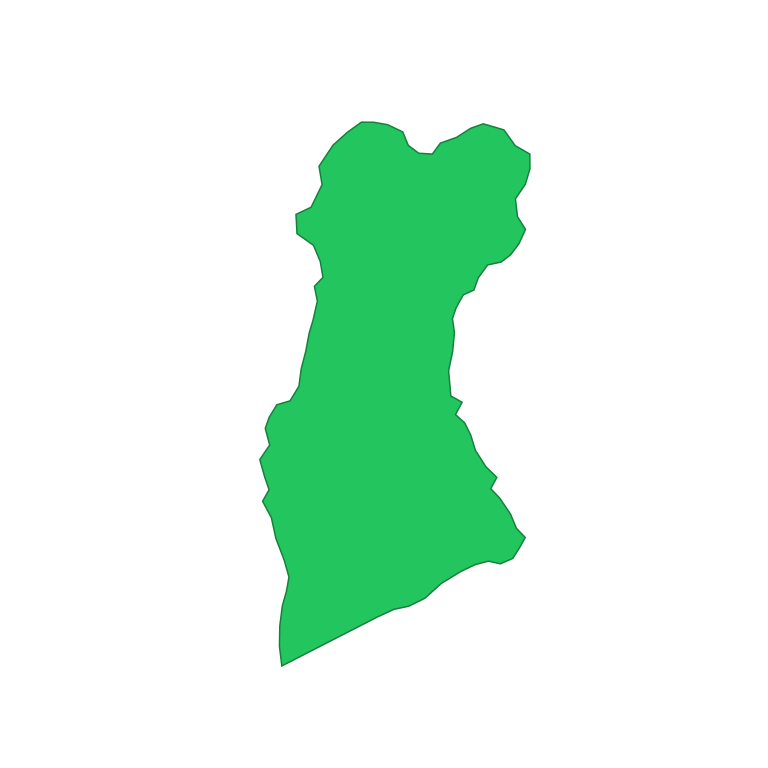 Pracinha, São Paulo, Brazil, rotated 140°
{"feature_id": "56859067B67467393678264", "entity_name": "Pracinha", "entity_type": "district", "adm_level": 2, "iso_a3": "BRA", "parent_name": "Brazil", "parent_adm1": "São Paulo", "projection": "orthographic", "projection_center": [-51.081, -21.838], "detail": "fine", "context": "isolated", "style": "filled", "palette": "green", "viewbox_px": 768, "rotation_deg": 140, "n_neighbors": 0, "source": "geoboundaries", "source_scale": "gbopen_adm2", "svg_char_len": 1263}
<svg xmlns="http://www.w3.org/2000/svg" viewBox="0 0 768 768"><g transform="rotate(140 384 384)"><path d="M297.0,378.1L289.5,390.1L279.6,396.1L266.0,401.3L254.7,398.2L243.6,404.7L228.1,408.6L215.8,402.1L204.0,401.6L190.4,404.7L176.2,411.5L174.2,426.3L164.3,441.4L147.4,446.1L133.9,455.0L124.5,466.4L130.3,482.3L128.8,501.6L140.7,519.5L153.3,524.2L169.9,526.3L185.9,532.3L199.2,529.1L209.1,538.5L212.0,551.2L207.6,565.0L214.6,580.4L223.8,591.3L233.0,599.1L250.4,600.4L269.7,599.7L293.8,592.6L303.3,576.5L326.2,566.3L342.4,570.5L354.0,555.1L348.9,535.6L354.0,519.0L362.2,504.9L374.5,503.6L381.8,490.3L397.5,478.4L408.6,471.1L422.8,459.4L437.6,448.9L450.6,437.0L466.8,431.5L479.4,437.0L493.4,432.3L503.5,426.3L510.8,410.7L527.7,406.0L535.2,389.4L540.0,376.9L552.4,372.2L556.2,354.0L566.1,335.2L573.6,313.4L580.9,297.2L592.0,287.9L604.6,279.3L619.3,265.7L632.6,250.4L643.5,233.7L538.9,209.8L521.5,205.1L507.7,197.8L490.3,193.6L468.3,194.4L445.8,191.0L430.4,187.1L417.8,181.1L410.5,171.5L397.5,167.6L385.2,171.5L374.5,175.6L375.3,188.4L370.7,203.0L368.7,222.2L369.5,235.2L357.6,239.9L359.1,255.3L356.6,274.5L350.4,289.1L347.2,302.4L348.9,314.6L335.9,319.8L340.5,331.8L326.0,352.6L310.7,364.6L297.0,378.1Z" fill="#22c55e" stroke="#15803d" stroke-width="1.5"/></g></svg>